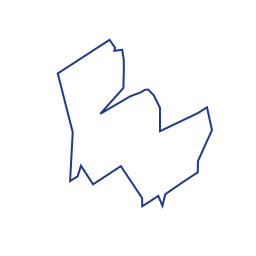 Komo/Magarima District, Southern Highlands, Papua New Guinea (Robinson projection), rotated 57°
{"feature_id": "67681753B72976764448166", "entity_name": "Komo/Magarima District", "entity_type": "district", "adm_level": 2, "iso_a3": "PNG", "parent_name": "Papua New Guinea", "parent_adm1": "Southern Highlands", "projection": "robinson", "projection_center": [143.048, -6.045], "detail": "fine", "context": "isolated", "style": "outline", "palette": "blue", "viewbox_px": 256, "rotation_deg": 57, "n_neighbors": 0, "source": "geoboundaries", "source_scale": "gbopen_adm2", "svg_char_len": 617}
<svg xmlns="http://www.w3.org/2000/svg" viewBox="0 0 256 256"><g transform="rotate(57 128 128)"><path d="M153.7,50.5L153.6,57.7L153.6,60.9L148.1,102.9L128.3,90.1L127.4,90.2L126.9,90.0L114.6,88.6L106.8,90.1L105.2,92.9L105.0,98.1L102.6,109.0L102.5,110.8L102.5,111.1L101.0,143.5L91.9,110.0L76.0,99.2L68.3,94.3L59.2,90.3L55.9,97.4L53.6,95.1L44.0,95.5L44.0,157.2L101.5,176.7L141.0,205.5L141.1,196.6L134.0,188.0L156.2,188.0L156.2,181.2L156.1,154.8L194.4,154.3L201.4,158.7L201.5,139.6L212.0,141.5L203.8,132.7L203.3,112.4L203.1,93.6L193.8,87.3L175.5,58.7L153.7,50.5Z" fill="none" stroke="#1e3a8a" stroke-width="2"/></g></svg>